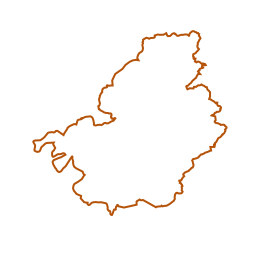 Ra, Western, Fiji (Equal Earth projection), rotated 257°
{"feature_id": "14151628B53541640625043", "entity_name": "Ra", "entity_type": "district", "adm_level": 2, "iso_a3": "FJI", "parent_name": "Fiji", "parent_adm1": "Western", "projection": "equal_earth", "projection_center": [178.211, -17.485], "detail": "fine", "context": "isolated", "style": "outline", "palette": "amber", "viewbox_px": 256, "rotation_deg": 257, "n_neighbors": 0, "source": "geoboundaries", "source_scale": "gbopen_adm2", "svg_char_len": 5858}
<svg xmlns="http://www.w3.org/2000/svg" viewBox="0 0 256 256"><g transform="rotate(257 128 128)"><path d="M68.4,171.9L69.8,171.4L70.5,171.4L70.7,171.7L71.9,173.6L72.6,177.6L73.1,178.0L73.9,179.8L74.7,180.7L74.9,181.9L75.6,182.8L77.4,183.6L78.5,183.4L80.6,183.5L81.9,183.2L83.0,184.3L83.1,188.1L83.6,190.2L84.2,190.6L85.1,192.2L85.7,192.9L85.8,193.9L85.6,194.7L85.9,195.2L86.0,196.2L86.6,197.6L86.8,200.6L87.1,201.5L87.1,202.2L87.4,202.7L87.3,203.9L91.0,204.0L90.6,205.7L90.5,206.9L90.0,207.5L90.2,208.1L91.1,208.5L91.8,208.0L92.6,208.1L92.8,208.4L92.7,209.2L93.9,209.5L94.5,210.8L97.7,213.6L98.1,214.7L98.3,216.0L98.8,216.5L100.1,218.6L100.5,218.5L101.1,220.2L101.6,220.8L103.4,222.3L104.7,222.2L105.4,223.6L106.2,224.1L106.9,224.1L108.1,223.0L109.2,222.7L109.9,221.3L110.1,219.1L110.8,218.7L112.2,217.0L113.1,214.9L113.7,214.2L114.6,213.9L115.1,214.1L115.9,215.2L119.7,215.6L121.4,212.3L121.6,212.6L121.8,214.1L122.2,215.2L123.1,216.0L123.3,217.4L123.8,218.0L123.4,219.6L123.7,221.1L124.4,221.9L125.8,222.1L125.8,222.7L127.2,223.2L128.4,222.7L128.9,221.9L129.1,221.0L129.6,220.5L131.1,220.2L132.0,220.3L132.6,220.7L132.8,220.2L132.2,219.6L132.3,219.2L132.8,219.1L133.3,218.5L134.5,217.8L135.8,216.3L137.1,215.1L138.0,213.6L140.1,215.0L144.5,216.0L146.5,214.9L147.5,214.1L150.1,213.9L150.1,213.5L150.4,212.9L152.0,211.6L152.4,210.9L153.9,209.2L153.5,208.5L153.5,208.1L153.5,206.7L153.8,206.0L153.4,204.8L152.8,203.9L153.2,201.5L151.8,200.7L152.8,197.0L152.3,194.7L152.6,194.5L155.3,194.1L155.8,194.6L155.7,195.5L155.8,196.0L157.2,198.1L157.5,199.1L158.8,200.8L159.5,201.4L160.6,203.7L161.0,204.1L161.6,205.6L163.0,206.6L165.0,208.6L164.6,208.9L164.7,209.5L164.4,210.3L167.4,208.9L167.7,209.3L168.0,210.6L168.9,210.6L169.5,211.5L169.9,214.9L170.1,214.9L170.4,214.3L171.4,213.9L172.3,214.4L172.4,215.3L171.8,217.2L171.8,217.9L172.9,217.5L174.0,215.6L174.2,214.0L175.8,213.0L176.6,211.9L177.0,211.2L176.6,209.3L177.8,208.2L178.6,208.8L179.3,208.7L180.4,209.3L180.6,208.1L180.5,207.8L181.3,207.5L181.7,207.5L182.3,208.1L183.3,207.6L185.1,208.1L185.9,211.0L187.0,212.2L187.3,212.9L188.9,214.9L190.7,213.9L192.8,214.1L193.6,214.8L195.5,215.2L196.0,216.0L197.6,217.1L199.0,218.8L200.9,218.4L201.7,217.8L203.4,218.4L203.6,217.9L204.7,217.7L205.0,216.5L205.9,216.1L206.6,214.8L207.3,214.2L207.7,213.3L207.8,212.4L206.8,210.3L205.7,209.0L204.3,208.4L204.1,208.1L205.5,207.0L206.3,204.9L206.5,201.9L206.7,201.4L206.8,200.1L206.5,197.4L207.3,196.2L209.0,195.4L209.1,194.8L209.9,194.5L210.0,194.1L209.8,192.4L208.6,190.5L208.2,189.6L208.3,188.9L208.5,187.7L209.0,187.1L211.8,186.6L210.9,183.7L211.7,179.6L212.2,178.7L212.4,177.9L212.1,174.8L210.7,174.7L210.1,173.7L210.2,172.3L210.6,170.3L210.2,168.7L211.1,167.6L211.8,166.1L210.7,162.6L209.0,162.2L208.4,161.5L208.1,161.4L207.3,161.7L207.0,161.6L206.0,160.8L205.2,160.6L202.6,160.6L201.4,160.2L200.1,159.4L199.4,158.6L198.5,155.9L196.7,154.1L194.7,153.0L193.7,152.8L191.7,153.4L192.6,151.1L192.8,147.9L192.1,144.5L190.0,139.7L186.8,135.9L183.5,127.7L177.9,123.3L172.9,122.6L173.3,120.8L173.4,118.8L174.3,117.5L174.1,116.9L172.6,116.7L172.3,115.6L172.6,114.5L172.4,113.6L171.7,112.1L170.2,111.2L168.7,110.9L168.1,109.9L165.7,107.8L164.6,107.5L162.7,106.3L161.6,106.1L158.3,106.2L156.4,105.2L155.8,104.4L155.8,103.9L153.0,103.9L153.0,104.3L151.4,105.1L149.9,107.0L148.6,108.2L147.7,109.8L147.0,112.1L146.4,112.7L146.1,114.4L145.4,114.9L144.3,114.9L144.1,114.6L142.6,113.9L142.1,113.9L141.9,114.3L140.9,114.3L140.4,115.1L140.6,117.5L140.2,117.8L138.4,115.5L138.1,113.2L137.1,109.9L137.2,108.5L138.0,107.2L138.1,106.6L138.0,105.6L137.0,103.7L137.0,102.3L137.5,101.4L137.8,99.0L137.7,98.2L137.9,96.5L138.5,95.7L139.2,95.5L140.2,95.9L143.9,96.0L145.8,95.7L146.7,95.2L147.8,94.1L148.4,89.3L148.2,87.8L147.4,85.3L148.0,85.3L148.0,84.8L147.9,84.4L147.1,83.8L147.1,82.6L147.2,82.3L147.1,81.2L146.8,80.6L143.0,78.4L143.6,77.5L143.9,76.2L143.0,71.8L141.9,69.3L140.6,68.4L136.7,64.3L135.6,63.6L141.0,58.7L141.2,58.3L141.3,57.1L140.4,55.5L140.3,54.7L140.9,53.6L141.2,52.1L141.4,49.5L141.2,48.8L138.1,44.9L136.8,42.5L135.8,39.8L136.7,34.7L136.6,33.4L136.2,32.8L135.5,32.6L132.2,33.6L131.2,33.4L127.7,31.9L126.9,31.9L125.9,33.0L125.2,34.1L125.0,35.4L125.2,36.4L125.7,37.2L128.7,39.2L131.4,44.0L131.6,44.8L131.6,46.0L130.5,52.3L130.0,51.8L128.7,51.5L125.0,52.6L122.9,50.8L122.0,49.2L121.0,48.5L119.6,48.1L117.6,48.0L116.8,48.5L116.9,49.8L118.1,53.3L118.2,54.3L117.9,55.1L117.7,57.2L118.0,58.3L117.9,59.5L117.3,60.5L116.0,61.0L114.5,55.8L114.4,54.0L113.4,48.4L112.3,47.2L111.6,46.9L109.4,47.0L105.5,48.1L104.3,48.8L102.8,49.1L101.4,50.0L100.5,51.0L100.9,53.1L103.3,55.9L104.8,58.7L112.2,66.2L112.8,67.1L112.3,67.4L111.7,66.8L107.7,67.1L106.9,66.7L104.2,66.5L102.3,66.9L100.3,68.5L95.7,74.0L94.3,74.1L92.6,74.6L92.0,75.2L91.4,74.3L88.6,71.5L86.9,67.5L85.6,63.3L84.4,62.1L81.7,60.9L79.2,61.1L75.2,63.1L72.4,67.0L70.0,66.1L65.6,68.6L65.0,69.8L64.3,71.8L63.8,71.5L62.8,71.5L61.8,72.3L61.8,73.4L63.3,75.9L63.4,77.6L63.1,80.1L62.4,81.6L61.6,85.4L59.6,89.6L58.5,90.3L55.4,90.4L53.9,89.9L53.4,90.0L52.1,90.3L51.7,90.6L51.5,91.3L50.7,91.9L48.2,91.5L47.1,92.1L46.9,92.8L48.0,93.7L51.6,96.0L51.6,96.9L51.2,97.5L51.3,97.7L52.1,97.8L54.2,98.9L54.6,100.2L55.3,100.1L55.4,100.3L55.0,100.9L54.0,101.1L53.7,101.4L51.4,106.2L51.3,119.1L54.4,119.8L55.0,120.8L55.1,121.8L55.7,123.2L54.8,124.1L54.6,124.8L54.4,126.5L44.5,137.4L44.9,138.2L44.7,138.9L44.7,140.6L44.4,141.3L44.3,142.5L44.8,143.3L43.9,144.1L43.9,146.2L43.6,147.9L43.8,148.9L44.5,151.3L46.8,156.3L48.4,157.7L49.8,157.8L52.5,158.8L53.7,160.1L53.9,160.5L53.8,161.3L52.8,162.7L52.4,165.1L52.6,165.8L53.6,166.9L55.2,166.3L56.6,166.9L58.8,167.1L59.1,167.3L59.2,168.0L59.4,168.0L60.3,167.7L60.7,167.8L61.3,167.2L62.1,167.2L62.5,166.9L62.8,166.2L63.4,166.5L64.9,166.0L65.2,166.1L65.0,168.1L65.6,168.4L65.8,168.8L66.6,169.4L67.7,170.7L68.4,171.9Z" fill="none" stroke="#b45309" stroke-width="2"/></g></svg>